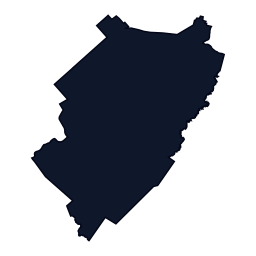 the district of Palmerston North City, Manawatu-Wanganui, New Zealand
{"feature_id": "76426892B89930780438599", "entity_name": "Palmerston North City", "entity_type": "district", "adm_level": 2, "iso_a3": "NZL", "parent_name": "New Zealand", "parent_adm1": "Manawatu-Wanganui", "projection": "albers", "projection_center": [175.702, -40.399], "detail": "fine", "context": "isolated", "style": "filled", "palette": "ink", "viewbox_px": 256, "rotation_deg": 0, "n_neighbors": 0, "source": "geoboundaries", "source_scale": "gbopen_adm2", "svg_char_len": 5697}
<svg xmlns="http://www.w3.org/2000/svg" viewBox="0 0 256 256"><path d="M31.8,158.0L32.7,159.4L34.6,161.6L45.5,176.6L72.8,200.7L66.8,205.9L70.7,216.0L71.3,215.8L72.1,215.8L73.3,216.3L74.0,217.0L74.3,217.0L75.2,218.1L75.2,218.9L74.9,219.9L75.6,220.9L75.7,222.1L76.2,222.3L77.6,223.8L78.4,224.2L80.3,224.2L80.3,224.4L80.9,225.4L80.8,226.6L81.0,226.6L80.5,227.7L79.8,228.0L79.0,229.2L78.8,229.8L78.2,230.8L78.2,231.2L78.7,232.5L79.0,232.8L78.7,234.4L78.9,234.8L78.8,235.4L79.1,235.8L79.5,235.9L80.2,235.8L80.7,234.9L81.0,234.8L82.3,235.4L83.1,235.6L83.7,235.4L84.5,236.5L85.6,237.2L86.3,237.1L86.9,237.4L87.4,238.2L87.5,239.2L87.6,239.3L88.5,240.3L89.0,240.6L103.0,220.5L105.3,217.3L115.9,223.8L153.6,186.4L157.7,185.4L174.3,161.5L168.4,157.3L168.4,157.1L168.8,157.1L169.1,157.5L169.3,157.4L169.3,156.9L170.2,156.4L170.3,156.1L171.0,155.9L171.1,155.5L172.0,155.7L172.3,155.5L172.6,155.6L174.2,154.3L174.6,153.7L174.6,152.8L174.5,152.5L174.5,152.2L174.7,151.9L175.5,151.7L176.7,151.9L176.7,151.5L176.9,151.5L177.4,150.8L177.8,150.8L178.0,150.5L179.4,150.0L179.7,149.5L179.4,149.0L179.2,148.8L179.3,148.5L179.3,148.1L180.0,148.2L180.2,147.7L180.5,147.6L180.7,147.2L180.7,146.7L180.3,146.5L180.4,146.2L180.1,146.1L180.4,145.5L179.7,145.0L180.5,144.3L180.7,143.8L180.7,143.5L181.4,143.2L182.3,141.9L183.2,141.1L183.3,140.4L183.5,140.2L184.2,139.7L183.9,139.0L184.0,138.5L183.6,138.0L183.3,138.0L183.1,137.7L182.9,137.9L182.7,137.8L182.2,137.5L181.3,137.6L181.2,137.3L181.3,136.9L181.1,136.7L181.1,136.3L181.3,136.0L181.3,135.6L180.8,134.6L180.2,134.3L179.8,133.5L180.2,133.3L180.6,133.4L181.1,133.0L180.5,132.1L180.6,131.8L180.9,131.6L180.7,131.3L180.3,131.0L181.3,130.5L181.3,130.1L182.1,130.3L182.3,130.1L183.0,129.7L183.3,129.2L183.4,128.7L183.5,128.6L184.4,128.5L184.7,128.8L185.0,128.7L185.3,129.0L185.4,128.8L185.8,128.7L185.9,128.4L186.1,128.3L186.3,128.0L186.2,127.7L186.3,127.4L186.6,127.3L186.8,126.8L186.5,126.7L186.6,126.3L186.6,126.0L187.0,125.0L186.5,124.4L186.3,124.2L186.5,123.8L186.9,123.3L186.9,122.7L186.6,121.8L186.9,121.7L187.0,121.4L187.0,121.2L188.3,121.0L188.1,121.5L188.4,122.1L189.1,122.1L189.3,121.9L189.3,121.4L189.6,121.0L189.8,120.9L189.8,120.4L189.9,120.2L190.4,120.2L190.5,120.4L191.1,120.5L190.7,119.8L190.7,119.0L191.7,118.6L192.2,118.0L192.7,118.2L193.2,117.9L193.5,118.2L194.1,117.9L194.4,118.1L195.3,117.4L195.4,117.0L195.2,116.8L195.3,116.2L195.5,116.1L195.4,115.8L195.5,115.4L196.2,115.8L196.6,115.6L196.4,114.0L196.5,114.0L197.0,114.2L197.3,113.8L197.7,113.7L197.9,113.7L198.3,113.3L198.4,113.1L198.3,112.9L198.3,112.5L197.9,112.1L198.1,111.7L198.4,111.6L198.1,110.7L198.2,110.4L198.6,110.1L199.0,110.0L199.7,110.3L199.8,109.7L199.2,108.9L199.9,108.9L200.3,108.4L200.7,108.2L200.9,108.3L201.6,109.0L201.8,108.5L202.8,108.9L202.7,108.4L202.2,107.4L202.4,107.2L202.1,106.9L202.4,106.7L202.8,106.8L203.2,107.1L203.4,106.8L203.6,106.8L204.0,106.2L204.4,106.2L205.0,106.5L205.0,106.3L205.9,105.6L206.2,105.7L206.3,105.4L206.5,105.6L206.6,105.8L206.5,106.2L207.2,106.3L207.2,106.0L207.6,105.9L207.5,105.5L207.8,105.3L208.3,105.3L208.4,105.1L208.1,105.0L208.1,104.8L208.3,104.8L208.3,104.4L208.5,104.1L208.9,103.9L208.9,103.5L208.6,103.3L208.5,103.0L208.3,103.3L207.9,103.0L207.6,103.0L207.1,102.0L206.9,102.4L206.5,102.6L206.4,102.5L206.1,102.4L205.9,101.7L205.4,102.1L205.1,102.1L205.0,101.9L205.1,101.7L204.6,101.2L204.4,100.2L204.4,99.8L204.3,99.5L205.2,99.1L205.7,98.5L205.3,98.0L205.3,97.5L205.5,97.1L205.9,97.3L206.2,97.1L205.9,96.6L206.0,96.3L206.3,96.0L206.6,95.3L206.8,95.2L207.2,94.7L207.3,94.7L207.3,94.4L207.9,94.3L208.3,94.5L208.3,94.2L208.5,94.2L208.7,93.9L208.8,93.7L209.2,93.8L209.7,94.1L209.8,93.9L209.8,93.5L209.9,93.4L210.5,93.8L211.1,93.8L211.1,93.6L210.3,92.9L210.3,92.4L210.6,92.5L210.8,92.2L210.5,92.0L210.9,91.6L211.3,91.6L211.4,91.4L212.0,91.6L213.1,90.5L213.5,88.2L213.3,86.1L215.7,84.0L216.1,82.3L216.7,82.0L216.3,81.6L216.3,81.2L216.6,81.2L216.3,80.8L216.4,80.6L216.4,80.4L215.9,80.1L215.8,79.8L215.4,79.6L215.1,79.2L215.4,79.0L215.2,78.5L214.7,78.2L214.5,77.9L215.0,77.9L214.7,77.1L214.6,76.4L214.9,76.2L215.2,76.4L215.5,76.2L216.1,76.4L216.5,76.9L216.9,77.0L216.9,76.8L217.5,76.9L217.7,76.7L218.2,76.5L218.3,76.4L217.9,76.3L217.3,76.3L217.2,76.1L216.8,76.1L216.8,75.7L217.0,75.5L216.8,75.2L216.9,74.9L217.1,74.5L216.9,73.7L217.2,73.5L217.2,73.2L217.3,72.9L217.5,72.7L217.8,72.8L217.9,72.3L218.5,72.2L218.4,71.5L219.1,71.3L219.5,70.9L219.9,70.8L224.2,54.5L221.9,53.5L220.5,53.4L218.1,52.8L217.3,51.9L215.4,51.2L212.3,48.7L211.5,47.8L211.4,47.1L210.5,46.0L208.8,44.8L208.2,44.5L207.1,44.3L205.4,44.4L204.5,44.3L203.6,43.0L202.9,43.1L203.0,42.4L203.4,41.9L205.4,41.0L206.2,40.4L207.5,40.0L208.7,39.2L209.1,38.2L209.5,36.7L209.4,35.9L209.6,34.2L209.6,33.4L209.9,32.5L209.8,31.9L210.0,30.1L210.6,27.9L211.4,26.5L208.1,25.7L206.4,25.5L206.6,23.4L205.0,23.2L205.5,22.0L205.9,21.4L204.2,20.9L202.7,20.2L203.1,16.8L200.4,16.2L199.4,18.4L196.9,18.1L195.0,21.0L194.5,20.6L193.4,25.0L177.2,34.6L162.7,33.0L150.3,32.4L143.9,31.4L138.7,29.8L131.2,28.1L126.4,28.2L128.5,26.6L124.8,22.4L123.5,23.4L119.2,18.5L116.3,16.0L111.8,19.4L108.1,15.4L107.3,16.2L96.7,25.6L107.1,37.3L72.7,68.0L72.5,68.3L54.4,84.4L66.8,98.4L67.6,99.4L59.7,104.0L63.3,110.0L61.8,112.4L59.5,116.6L59.3,117.3L59.2,118.1L59.2,118.8L59.5,119.6L64.3,127.9L64.8,129.8L64.9,132.5L65.5,134.2L66.6,135.8L67.6,137.0L63.2,140.9L61.1,141.9L58.6,141.8L57.9,141.5L56.7,140.7L56.1,139.8L55.1,138.9L54.3,138.6L53.6,138.9L52.5,139.5L50.9,140.9L49.6,142.7L47.9,143.2L45.8,144.3L43.9,144.7L42.5,146.5L42.0,147.6L41.1,149.0L39.9,150.2L38.6,150.9L36.1,151.7L35.3,152.2L34.8,152.7L34.6,153.3L34.5,153.9L34.8,156.1L34.3,156.9L33.7,157.3L31.8,158.0Z" fill="#0f172a" stroke="#020617" stroke-width="1.5"/></svg>